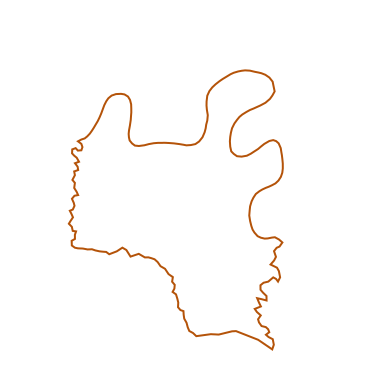 Alpestre, Rio Grande do Sul, Brazil (orthographic projection), rotated 19°
{"feature_id": "56859067B81551762900841", "entity_name": "Alpestre", "entity_type": "district", "adm_level": 2, "iso_a3": "BRA", "parent_name": "Brazil", "parent_adm1": "Rio Grande do Sul", "projection": "orthographic", "projection_center": [-53.064, -27.203], "detail": "fine", "context": "isolated", "style": "outline", "palette": "amber", "viewbox_px": 384, "rotation_deg": 19, "n_neighbors": 0, "source": "geoboundaries", "source_scale": "gbopen_adm2", "svg_char_len": 3234}
<svg xmlns="http://www.w3.org/2000/svg" viewBox="0 0 384 384"><g transform="rotate(19 192 192)"><path d="M237.4,70.0L234.9,65.8L232.3,61.4L227.9,58.6L223.2,57.3L219.0,57.1L215.9,57.4L212.3,57.9L207.3,58.4L202.6,59.7L199.5,61.2L196.4,63.0L192.6,65.7L190.1,68.1L187.2,71.6L184.2,75.2L181.9,78.3L179.2,82.5L177.1,86.5L175.6,90.9L175.1,96.0L176.3,101.6L177.6,105.6L179.3,109.4L181.9,114.2L183.2,119.5L183.5,123.7L184.2,127.3L184.5,131.4L184.1,136.8L182.3,141.9L179.6,145.6L175.6,148.0L171.5,149.7L168.6,150.1L164.5,150.8L159.1,151.9L153.8,153.3L149.7,154.5L146.9,155.6L143.9,156.6L140.0,158.3L135.7,160.7L131.8,163.3L126.8,165.8L122.9,166.7L119.5,165.6L116.3,163.6L114.6,160.9L113.2,157.7L112.4,154.3L111.7,149.6L110.6,143.7L109.6,140.0L108.7,136.5L107.4,132.8L105.9,128.9L103.4,125.1L100.4,122.6L96.4,121.7L92.9,122.3L88.2,124.2L84.6,127.0L82.4,130.6L81.4,134.1L80.8,138.4L80.7,142.8L80.6,147.4L80.3,151.6L79.8,155.7L78.9,160.0L78.2,163.4L77.4,166.7L76.4,170.1L74.8,173.6L73.1,176.3L70.3,178.4L67.7,181.2L71.7,182.5L73.8,185.2L73.8,188.6L70.6,190.0L67.7,188.4L64.9,190.7L66.0,194.5L68.8,196.0L71.8,197.1L75.3,200.2L72.0,202.9L75.6,205.3L77.2,208.3L73.9,210.9L75.8,214.2L75.0,219.5L78.3,221.5L79.3,226.5L83.0,229.5L85.3,232.0L82.1,233.8L80.7,237.5L83.7,240.7L85.4,243.3L85.0,247.4L82.6,249.5L84.9,251.7L87.7,254.7L86.6,258.9L85.9,262.1L89.7,264.0L91.9,267.6L95.2,267.0L95.2,270.6L96.6,274.5L94.1,277.3L95.8,281.7L99.4,282.8L102.5,282.4L107.2,281.0L112.0,280.3L116.1,278.7L119.7,278.7L123.9,278.2L127.0,277.5L130.4,276.6L134.0,277.8L140.2,272.6L144.3,267.3L148.8,268.2L154.9,273.1L161.8,267.8L168.8,269.2L172.0,268.0L175.0,267.8L178.5,267.8L182.3,269.4L186.4,272.4L191.5,273.4L196.6,277.3L201.6,278.7L202.4,283.3L205.9,285.4L206.8,289.1L206.2,292.8L210.2,294.0L212.9,297.7L215.0,301.0L216.3,305.5L219.5,307.4L222.7,307.4L224.1,310.8L225.9,314.3L229.4,317.4L232.0,321.3L234.7,324.3L238.9,325.0L243.0,326.9L256.1,320.3L263.7,318.1L275.2,310.7L278.9,309.2L302.6,310.2L319.1,314.7L319.1,309.8L316.3,304.9L311.6,304.2L308.4,302.9L310.7,299.4L308.7,297.0L305.8,295.7L301.4,296.1L297.8,293.5L295.9,290.8L297.2,286.3L292.4,284.3L289.4,282.1L294.4,277.8L291.3,274.7L288.2,271.2L292.5,270.7L297.8,270.3L296.3,266.1L291.8,264.0L288.6,262.1L287.1,257.9L289.2,254.5L293.3,251.9L296.6,246.3L299.7,246.8L302.5,248.7L303.1,244.0L299.9,238.5L297.0,235.9L289.9,235.0L291.9,230.1L292.5,226.0L288.8,221.2L290.2,217.2L292.5,215.1L293.9,210.3L289.8,208.6L285.1,207.8L282.4,209.1L278.8,211.2L275.9,212.4L272.0,212.8L268.4,212.4L264.2,210.0L261.5,207.8L259.1,204.7L256.4,200.5L253.8,195.6L252.6,190.9L251.6,186.6L251.4,181.4L251.9,177.4L253.0,173.1L255.5,169.3L257.7,166.7L260.5,164.0L262.9,162.0L265.3,159.7L268.1,156.7L270.0,153.1L271.1,148.8L271.1,144.4L270.2,140.2L268.6,135.6L266.7,131.4L265.0,127.9L263.5,125.2L261.6,121.6L258.1,117.8L255.0,116.5L251.9,116.5L248.5,118.6L244.7,123.0L242.4,126.6L240.5,129.8L237.6,133.5L235.1,136.7L232.1,139.8L227.4,142.4L222.9,143.5L219.1,142.4L215.9,140.8L213.4,136.7L211.3,131.7L210.2,127.4L209.5,123.3L209.1,118.7L209.8,113.4L211.1,109.1L212.4,105.6L214.3,102.4L217.4,98.6L220.1,95.6L223.1,93.0L225.2,91.0L228.3,88.1L232.4,83.7L235.4,78.6L236.6,74.6L237.4,70.0Z" fill="none" stroke="#b45309" stroke-width="2"/></g></svg>